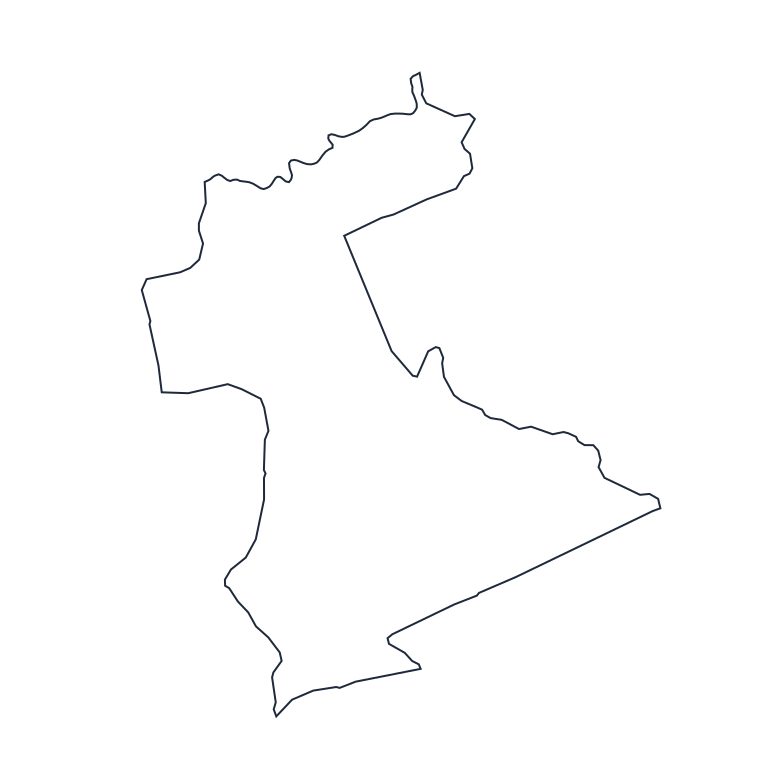 Zapotitlán, Jutiapa, Guatemala, rotated 160°
{"feature_id": "79465075B8015591970970", "entity_name": "Zapotitlán", "entity_type": "district", "adm_level": 2, "iso_a3": "GTM", "parent_name": "Guatemala", "parent_adm1": "Jutiapa", "projection": "orthographic", "projection_center": [-89.829, 14.111], "detail": "fine", "context": "isolated", "style": "outline", "palette": "slate", "viewbox_px": 768, "rotation_deg": 160, "n_neighbors": 0, "source": "geoboundaries", "source_scale": "gbopen_adm2", "svg_char_len": 2590}
<svg xmlns="http://www.w3.org/2000/svg" viewBox="0 0 768 768"><g transform="rotate(160 384 384)"><path d="M244.1,664.2L248.9,663.5L251.3,663.4L254.6,661.7L255.6,657.2L255.6,653.6L256.9,650.6L257.5,648.4L257.2,644.6L257.2,642.2L257.2,638.8L257.4,636.2L258.6,632.6L260.8,630.5L263.9,628.6L266.4,628.3L268.9,629.1L271.5,630.4L274.7,631.9L280.7,634.2L285.4,635.4L289.3,635.4L292.1,635.2L295.7,635.1L299.1,635.4L303.0,636.1L307.3,635.8L312.1,633.4L316.2,631.8L320.8,630.5L327.6,629.9L334.1,629.8L336.6,629.9L338.8,630.5L342.0,632.3L345.1,634.9L348.0,636.7L351.1,636.6L352.4,633.7L352.1,631.1L351.3,629.0L350.4,626.4L351.7,623.5L355.3,623.4L359.6,622.2L364.0,619.6L368.1,616.7L371.2,615.1L374.2,614.9L377.3,615.3L381.0,616.9L384.1,619.2L388.8,623.5L391.7,625.3L395.1,625.8L397.7,624.0L398.8,619.2L398.9,616.4L398.9,614.1L399.1,611.5L400.3,609.3L401.9,607.6L404.3,606.2L407.1,608.0L409.1,611.6L410.7,614.1L413.4,615.2L415.5,614.6L418.5,612.4L420.9,610.5L423.8,608.8L426.7,608.3L430.3,608.3L433.0,610.1L435.1,612.8L438.4,616.9L441.5,619.6L444.7,621.4L447.5,622.8L449.9,624.1L452.3,626.4L455.7,627.4L459.0,627.3L461.5,629.3L463.9,633.0L465.0,635.0L467.7,637.6L472.0,637.6L474.5,636.9L476.6,636.0L478.9,635.5L483.4,635.2L489.6,614.9L503.0,598.3L505.5,591.4L506.0,577.9L515.1,564.1L526.3,559.4L537.3,558.7L571.2,563.7L579.5,555.1L582.0,523.1L584.0,520.2L589.6,478.5L595.7,452.2L571.1,442.3L530.9,437.3L519.5,427.8L504.9,412.3L504.7,402.7L508.6,379.5L515.0,372.4L526.3,344.2L525.9,340.5L528.9,336.8L536.2,316.5L557.6,281.9L573.2,268.2L591.3,262.0L600.4,254.6L602.3,248.8L599.3,245.1L595.7,229.6L589.7,215.8L587.2,200.0L579.4,185.5L573.8,167.4L574.9,158.8L586.6,150.8L589.5,146.6L594.6,121.9L598.9,116.0L598.9,108.5L578.4,118.8L555.4,120.1L532.5,115.6L529.6,113.6L512.5,114.0L447.0,103.8L447.2,108.7L452.3,114.1L456.4,124.2L468.2,138.1L467.6,143.9L461.7,146.0L393.7,152.8L369.1,153.4L366.2,155.2L326.1,157.5L175.1,172.7L166.8,172.7L165.7,182.3L172.1,189.9L181.3,192.3L208.9,220.4L210.8,232.5L206.5,238.4L205.5,248.1L208.2,254.9L216.5,258.0L221.1,263.8L221.6,268.7L227.7,274.7L231.8,277.5L242.7,279.1L260.4,293.6L272.5,295.5L285.7,310.1L295.5,315.5L299.5,320.2L300.6,326.3L304.1,329.7L316.8,341.4L322.1,349.6L325.2,370.2L322.3,383.5L319.4,388.4L319.7,398.8L322.8,401.0L331.3,399.6L350.4,379.6L354.2,382.0L365.6,412.3L370.7,536.9L329.4,541.0L317.2,540.0L280.6,542.9L249.4,542.9L237.8,552.0L231.7,552.4L227.2,556.5L224.4,571.0L227.9,577.3L228.4,584.6L209.9,600.3L208.0,601.9L211.4,608.6L225.8,611.4L248.3,633.3L249.5,643.0L247.0,647.1L244.1,664.2Z" fill="none" stroke="#1e293b" stroke-width="2"/></g></svg>